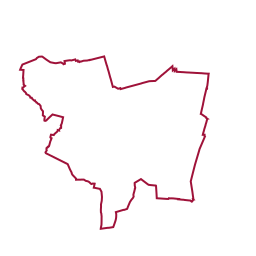 outline of Pajacuarán, Michoacán, Mexico, rotated 75°
{"feature_id": "50627088B74938552540621", "entity_name": "Pajacuarán", "entity_type": "district", "adm_level": 2, "iso_a3": "MEX", "parent_name": "Mexico", "parent_adm1": "Michoacán", "projection": "natural_earth1", "projection_center": [-102.531, 20.15], "detail": "fine", "context": "isolated", "style": "outline", "palette": "rose", "viewbox_px": 256, "rotation_deg": 75, "n_neighbors": 0, "source": "geoboundaries", "source_scale": "gbopen_adm2", "svg_char_len": 5119}
<svg xmlns="http://www.w3.org/2000/svg" viewBox="0 0 256 256"><g transform="rotate(75 128 128)"><path d="M128.6,212.3L130.1,214.0L131.0,213.9L131.5,213.4L147.3,195.6L152.8,194.8L154.7,194.4L156.4,194.0L157.6,194.1L159.0,193.7L161.7,192.2L163.4,191.3L164.5,191.6L166.4,184.0L167.3,183.2L168.1,182.5L168.5,181.7L169.1,180.6L169.8,179.8L170.4,179.3L171.3,178.8L172.2,178.3L172.7,177.7L172.5,176.6L172.7,176.0L173.0,174.8L173.1,174.6L176.8,176.5L177.1,175.8L179.4,171.2L179.5,170.9L182.7,170.1L187.9,171.0L191.5,172.2L194.9,173.9L197.0,174.4L200.0,175.4L202.5,176.0L203.8,175.9L205.3,176.2L206.3,176.3L211.7,177.8L214.7,178.7L217.7,180.2L218.3,180.4L219.1,173.8L219.5,171.9L219.9,167.9L218.5,166.9L216.6,165.6L214.5,164.2L213.1,163.4L211.6,162.7L210.1,162.2L208.8,161.8L207.7,161.6L206.1,161.5L206.1,160.8L205.9,153.5L206.1,152.8L205.9,149.8L205.3,149.3L204.4,148.7L199.9,145.2L198.5,143.6L198.2,143.3L197.6,142.4L196.8,141.3L195.7,140.3L194.6,140.2L193.7,140.0L193.2,139.7L192.1,139.1L191.0,138.4L189.3,137.5L188.9,137.2L188.3,137.1L188.1,136.9L188.0,136.7L187.7,136.5L186.2,136.4L185.9,136.4L185.4,136.4L184.4,136.1L183.8,136.1L182.7,135.7L181.8,132.5L180.7,128.7L182.0,127.7L187.3,123.6L188.2,122.8L188.9,121.1L189.0,120.9L189.4,119.8L190.3,117.4L190.8,116.0L191.1,115.9L198.6,117.4L203.3,118.4L204.0,116.4L204.4,115.1L205.4,112.2L206.6,108.7L207.0,107.3L206.4,106.7L206.7,106.0L207.2,104.5L207.2,104.2L207.7,102.6L209.5,97.9L209.9,96.7L210.0,96.7L210.2,97.1L211.2,94.4L211.8,92.6L212.0,92.3L212.1,92.1L213.8,87.7L214.2,86.5L215.3,85.8L215.6,85.5L215.4,85.3L214.7,84.4L214.9,84.3L214.2,83.5L214.2,83.3L213.9,83.5L213.3,83.6L213.3,83.2L210.0,82.8L206.1,82.3L203.2,82.0L195.7,81.2L195.1,80.8L194.7,80.6L188.6,77.2L180.6,72.7L171.8,67.3L168.2,65.1L167.3,64.6L166.7,64.2L156.0,55.8L155.7,56.0L155.4,56.2L155.1,56.1L154.3,55.8L154.2,56.1L153.9,57.5L152.1,56.5L150.3,55.4L148.5,54.4L148.4,54.3L146.8,53.3L146.7,53.2L145.2,52.3L145.0,52.2L144.7,52.1L143.2,51.1L141.5,50.1L141.4,50.1L139.7,49.0L139.7,48.9L138.8,49.7L138.7,49.8L138.0,49.7L136.4,51.1L133.7,53.4L133.3,53.8L133.2,54.0L129.2,51.9L124.9,49.6L123.6,49.0L120.2,47.3L118.1,46.3L110.2,42.0L110.3,41.9L110.5,41.5L110.3,41.4L110.1,41.8L110.0,41.7L109.9,41.7L108.4,40.9L107.8,40.5L104.4,39.1L97.0,36.3L96.4,36.0L96.3,36.3L96.1,37.1L95.7,38.3L95.1,40.1L94.4,42.0L94.2,42.5L93.8,43.8L93.2,45.6L92.6,47.5L92.0,49.3L91.4,51.1L90.8,53.0L90.2,54.7L89.7,56.4L89.1,58.1L89.0,58.4L88.4,60.1L87.8,62.0L87.6,62.5L86.3,66.5L85.9,66.4L83.8,66.1L84.9,68.1L82.8,67.7L82.9,67.9L83.4,68.8L83.9,69.8L81.9,69.4L79.8,69.1L80.8,71.1L81.7,73.0L81.9,73.4L82.7,75.2L83.7,77.1L83.8,77.4L84.6,79.2L85.1,80.1L85.5,81.2L86.5,83.2L86.6,83.4L87.7,85.5L88.6,87.4L89.5,89.2L89.6,89.5L88.8,93.0L88.4,94.9L88.3,95.4L88.3,97.0L88.3,98.2L88.3,99.3L88.3,100.5L88.3,101.6L88.3,102.7L88.4,103.8L88.4,105.0L88.4,106.1L88.4,107.2L88.4,108.3L88.4,109.4L88.4,111.7L88.4,112.8L88.4,113.9L88.4,115.0L88.4,116.1L88.4,117.3L88.4,118.3L88.4,119.5L88.5,120.6L88.5,121.8L88.5,122.9L88.5,125.1L87.5,125.1L87.5,127.4L86.5,128.4L86.4,128.5L84.5,130.4L84.4,131.0L84.4,131.7L84.4,132.0L82.4,132.0L82.2,132.0L80.4,132.0L78.4,132.0L76.3,132.0L74.3,132.1L74.2,132.1L72.3,132.1L70.4,132.1L68.2,132.1L66.3,132.2L66.2,132.2L65.3,132.2L62.4,132.2L62.1,132.3L58.9,132.4L52.7,132.5L52.5,147.4L52.3,147.4L52.3,149.5L52.2,150.3L51.5,153.6L51.6,154.8L51.7,155.8L51.5,156.1L51.7,157.7L51.1,157.8L51.1,159.0L49.7,159.1L49.7,159.5L49.7,160.2L49.7,160.5L49.7,161.0L48.1,161.2L48.1,161.5L48.1,162.6L48.1,163.0L48.1,163.7L48.1,165.2L47.7,166.1L47.5,166.7L47.2,169.0L47.1,169.9L46.9,172.0L48.1,172.1L49.6,172.3L49.7,173.8L49.0,174.0L47.2,175.9L46.8,180.6L46.6,181.3L46.3,182.1L44.4,186.0L40.9,189.1L37.5,191.8L36.9,192.3L36.7,192.7L36.1,195.6L36.8,197.9L37.7,199.1L39.3,212.8L39.4,213.6L42.2,215.9L42.3,216.0L43.8,217.1L44.9,213.9L50.3,215.7L52.5,216.5L52.8,216.2L55.0,216.9L55.1,216.7L56.7,217.1L58.0,217.3L58.7,217.4L58.9,217.5L59.0,217.4L59.4,217.5L60.7,216.5L61.2,217.8L61.8,218.9L62.0,219.5L61.9,219.6L62.1,219.7L62.7,219.9L62.9,220.0L63.0,219.9L63.5,219.6L63.8,219.5L64.3,219.4L65.2,219.0L66.0,218.6L66.3,218.2L67.8,217.5L68.9,217.5L70.7,215.4L71.9,214.6L73.5,214.4L73.6,213.6L73.9,213.1L74.4,213.1L74.9,213.0L77.1,211.6L77.3,210.7L78.1,210.8L79.0,210.0L79.7,209.9L80.1,209.2L80.7,209.0L81.3,208.7L82.0,207.6L84.1,206.7L85.7,207.0L86.6,207.1L88.4,206.5L89.8,205.8L90.9,206.1L93.8,207.0L95.5,205.4L97.0,206.1L98.8,206.8L99.3,206.8L99.7,206.1L99.7,205.5L99.5,204.8L99.2,204.4L97.3,201.0L96.3,199.1L95.4,197.4L96.1,196.2L98.1,192.6L100.8,187.9L103.8,189.4L106.5,190.8L108.2,192.3L108.3,192.3L108.6,192.0L109.3,192.2L110.6,192.6L110.5,193.3L110.7,193.6L111.1,194.1L111.6,194.6L112.0,195.0L112.4,195.3L112.5,195.3L111.8,196.4L112.1,196.5L112.4,196.4L112.8,197.0L113.4,197.7L114.0,199.1L114.8,200.6L115.4,201.2L115.3,201.7L115.5,201.8L114.7,203.7L114.6,203.8L114.5,204.1L116.8,205.4L117.6,205.2L118.1,204.5L119.0,205.1L119.4,205.4L119.7,205.6L120.8,206.5L124.3,208.5L125.2,209.1L125.3,209.3L125.0,209.2L125.4,210.5L125.8,210.8L126.1,211.2L126.2,211.7L126.3,211.9L127.4,212.3L128.6,212.3Z" fill="none" stroke="#9f1239" stroke-width="2"/></g></svg>